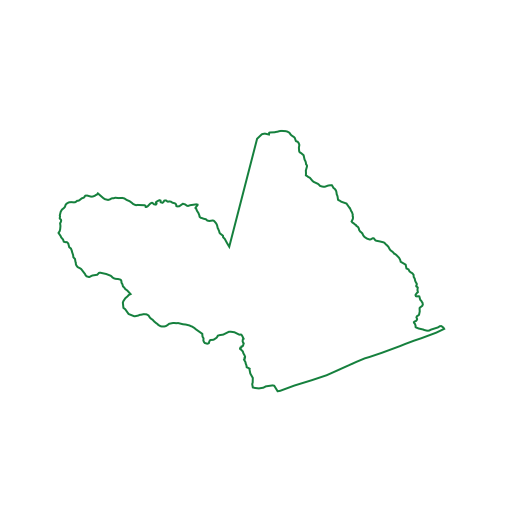 Matina, Limón, Costa Rica (Natural Earth projection), rotated 104°
{"feature_id": "36466004B83376986375247", "entity_name": "Matina", "entity_type": "district", "adm_level": 2, "iso_a3": "CRI", "parent_name": "Costa Rica", "parent_adm1": "Limón", "projection": "natural_earth1", "projection_center": [-83.304, 10.011], "detail": "fine", "context": "isolated", "style": "outline", "palette": "green", "viewbox_px": 512, "rotation_deg": 104, "n_neighbors": 0, "source": "geoboundaries", "source_scale": "gbopen_adm2", "svg_char_len": 6087}
<svg xmlns="http://www.w3.org/2000/svg" viewBox="0 0 512 512"><g transform="rotate(104 256 256)"><path d="M377.5,206.9L382.0,202.3L381.0,200.0L372.4,187.4L363.0,171.8L354.6,158.6L334.3,132.8L329.0,125.7L326.5,121.4L319.5,110.5L308.6,94.5L305.3,90.0L300.0,82.3L295.8,75.7L286.8,62.6L281.2,55.8L280.2,56.8L279.2,59.1L279.6,60.6L281.3,62.2L285.1,68.4L286.5,70.0L286.9,71.1L287.1,72.1L287.1,75.1L286.9,75.8L287.0,81.0L286.8,81.8L286.7,83.2L286.3,84.0L284.8,84.4L283.3,85.5L282.5,86.6L282.0,86.8L281.2,86.3L280.3,85.0L278.9,84.4L278.2,84.4L276.7,85.5L275.5,85.3L275.0,84.7L273.6,83.6L270.3,83.7L267.3,84.6L266.6,84.6L264.1,82.6L262.7,82.4L261.0,83.2L260.4,84.0L259.5,84.8L258.8,86.0L257.3,86.9L256.6,87.2L255.7,87.8L255.7,88.5L256.3,90.2L256.3,91.1L255.3,91.8L254.5,91.6L252.7,90.8L252.0,90.2L251.1,90.5L250.5,90.9L249.5,91.2L247.5,91.4L247.1,91.9L246.9,92.8L246.6,93.2L245.9,93.3L245.7,93.1L244.8,93.1L243.9,93.4L243.0,94.4L241.5,95.6L239.6,96.5L238.2,97.9L236.1,98.6L234.9,100.2L234.5,101.7L233.8,103.3L232.1,104.8L231.7,107.0L228.2,108.7L226.6,114.2L224.7,115.3L223.1,116.8L221.0,120.2L220.4,121.6L220.4,122.4L219.9,122.9L218.9,124.5L217.9,126.9L217.0,128.0L214.7,130.1L214.6,130.6L213.7,131.8L213.5,132.5L212.1,134.6L211.9,135.7L211.9,139.4L212.1,143.2L211.9,144.0L210.4,145.9L210.4,146.7L210.6,147.1L212.1,148.7L212.5,149.6L212.3,152.4L211.3,155.3L210.1,156.9L208.2,158.4L208.2,158.7L207.5,159.7L207.1,160.8L205.8,162.2L204.4,162.9L203.4,163.8L203.0,164.4L202.5,165.9L201.9,166.3L201.3,168.0L200.6,169.2L200.3,170.4L199.4,171.6L196.5,171.0L195.3,171.2L194.5,171.4L193.9,171.9L192.5,172.1L190.4,173.4L189.5,174.4L186.9,176.4L186.9,176.7L186.5,176.9L185.9,177.8L183.2,180.9L182.7,186.4L181.9,188.6L181.9,189.3L181.6,190.0L178.7,191.2L177.6,191.8L176.8,192.5L174.4,193.5L172.9,194.4L172.6,195.0L171.8,195.8L171.3,197.2L169.0,199.4L169.0,199.7L169.7,201.9L170.3,203.2L172.0,205.7L172.4,206.7L172.6,208.6L172.5,210.8L171.5,212.3L171.0,213.4L170.1,218.1L169.3,219.6L167.1,222.6L166.6,224.7L166.2,225.4L165.7,227.1L163.7,227.5L161.0,228.3L156.9,228.2L156.0,228.4L155.1,229.2L154.9,229.6L153.6,230.1L152.3,230.8L150.7,232.2L146.7,234.2L145.3,237.0L144.8,238.7L143.8,239.5L140.5,240.6L137.8,240.8L136.2,241.8L135.0,243.3L135.0,244.6L134.7,245.2L132.1,246.9L131.5,247.7L130.4,250.7L129.6,252.1L129.2,252.3L128.5,253.2L128.1,254.1L127.7,255.8L127.7,257.4L128.3,260.8L128.7,262.3L129.3,263.7L130.1,265.0L130.9,266.9L131.4,267.7L132.8,272.4L133.2,273.0L135.0,272.8L135.1,277.0L136.0,279.0L136.5,279.8L142.0,283.3L253.5,284.2L250.4,287.3L246.9,290.5L245.8,292.4L244.4,292.9L244.2,293.2L242.9,296.2L242.3,297.0L240.6,297.9L239.4,298.9L239.1,299.0L238.2,299.9L235.8,301.1L234.8,301.8L233.8,302.8L232.3,304.9L232.0,305.6L232.0,306.6L233.3,309.7L233.4,311.8L232.4,313.7L232.5,314.3L232.5,316.0L232.3,317.5L232.3,318.8L231.8,319.9L231.5,320.3L230.6,320.6L228.3,322.2L226.2,324.4L224.8,325.3L224.2,326.3L223.9,326.4L220.7,325.0L220.3,325.1L220.3,326.3L220.7,327.4L222.6,332.1L223.9,334.1L223.9,335.3L223.1,337.2L223.0,339.6L226.3,342.5L226.9,344.2L226.9,345.1L226.8,345.4L225.3,346.0L224.7,346.9L224.5,347.8L224.5,350.0L223.9,351.6L224.0,353.4L224.6,354.5L224.6,355.1L223.9,356.6L224.1,357.7L224.5,358.4L226.1,358.9L227.0,359.6L226.9,361.5L225.3,362.1L225.2,363.2L226.7,365.0L228.1,366.1L228.5,366.0L229.1,365.2L230.0,365.3L230.4,365.7L230.5,367.5L229.5,369.4L229.7,370.2L230.9,371.4L233.9,373.1L234.9,374.1L235.1,374.7L235.1,374.9L234.5,375.1L234.0,375.5L233.7,376.3L235.1,383.3L235.7,384.6L235.6,386.1L235.2,388.0L234.5,389.2L233.4,391.9L232.9,395.1L232.0,397.6L232.0,399.7L233.1,403.6L233.5,406.6L234.5,408.3L234.8,409.5L235.2,410.2L236.4,411.4L237.4,413.1L237.4,416.5L236.6,418.5L233.5,424.6L234.9,425.2L235.8,426.4L236.6,427.0L237.8,428.8L238.3,430.3L238.2,434.5L238.7,436.1L239.5,436.6L240.4,436.8L241.1,437.3L242.2,439.0L244.8,441.0L245.4,441.9L245.7,442.9L247.4,444.2L248.0,445.6L248.4,448.2L249.1,450.3L249.8,451.2L251.1,452.5L252.4,453.1L254.6,453.3L256.1,454.1L257.9,455.5L260.3,456.2L264.1,456.2L265.0,455.7L266.8,455.6L267.2,455.4L267.9,454.1L268.8,453.6L270.1,453.6L271.6,454.0L274.2,453.0L277.4,452.5L279.3,452.5L281.4,453.2L283.9,450.4L285.1,449.5L286.7,447.2L288.6,446.0L288.7,444.2L288.4,443.5L288.4,442.6L289.3,441.2L292.7,439.3L293.5,437.4L295.9,435.7L296.2,435.7L299.3,433.7L301.4,432.9L302.7,430.9L305.5,429.7L305.9,429.3L307.5,428.8L308.6,428.0L309.9,426.4L310.6,423.4L311.0,422.4L314.9,417.5L315.9,416.7L316.7,415.5L316.8,413.0L316.7,412.6L315.0,410.7L314.4,409.8L312.6,405.5L310.4,404.3L309.9,403.3L309.7,397.0L310.3,392.3L310.7,391.3L311.5,390.1L312.0,388.6L312.1,387.6L312.1,386.5L311.7,384.2L311.7,382.3L311.9,381.4L312.8,380.6L314.5,380.0L315.7,378.8L317.7,377.7L318.5,376.2L319.7,374.9L320.6,372.6L323.3,368.5L324.8,370.2L326.1,370.8L328.6,372.6L332.0,373.8L333.5,373.9L338.4,372.1L339.3,370.0L343.1,365.6L343.9,359.8L343.8,359.0L342.3,355.9L341.2,354.5L340.8,353.3L339.6,350.9L339.1,348.1L339.7,345.9L341.5,344.0L342.4,342.3L342.8,341.0L344.2,338.9L345.3,336.6L345.9,335.0L346.5,334.2L347.2,331.7L347.2,330.6L346.5,327.8L345.8,326.5L344.5,325.2L342.8,323.9L341.2,320.6L340.8,319.2L340.5,317.1L339.9,315.3L339.9,310.4L339.5,307.5L339.5,303.5L339.8,302.7L339.9,301.1L340.8,298.3L341.6,296.8L344.5,289.3L346.9,288.5L347.4,288.2L348.6,287.0L350.8,286.6L352.0,285.7L352.8,284.7L352.9,282.1L352.6,281.5L352.0,280.7L350.1,280.6L348.7,280.1L348.3,279.3L347.8,277.5L347.2,276.6L345.0,274.6L344.0,274.1L342.6,273.8L341.6,272.2L340.2,268.8L336.1,264.0L335.6,262.2L335.2,258.5L336.3,253.5L336.3,252.7L335.9,251.9L335.9,251.2L336.7,250.2L339.3,248.0L339.9,248.6L341.9,248.4L343.4,247.4L343.7,246.8L346.3,246.9L347.0,247.7L347.3,248.2L348.0,248.0L348.4,248.2L348.7,249.0L349.8,249.1L350.1,248.9L350.5,247.8L351.8,245.7L353.6,244.6L354.8,243.4L356.4,242.2L357.5,242.1L357.7,242.5L357.9,242.6L358.8,242.1L359.5,242.5L361.6,240.5L362.8,240.0L364.5,238.8L366.2,238.1L366.5,236.3L366.9,234.9L367.6,234.9L371.4,233.1L375.1,229.6L379.6,228.6L381.2,228.7L384.3,227.3L384.3,225.1L383.8,221.2L382.0,217.0L380.1,214.9L377.5,208.5L377.5,206.9Z" fill="none" stroke="#15803d" stroke-width="2"/></g></svg>